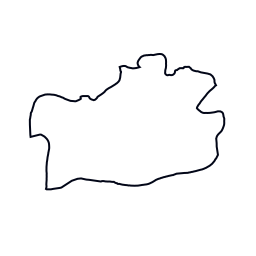 outline of Al Husha, Al Dali', Yemen, rotated 71°
{"feature_id": "15242507B64675128593967", "entity_name": "Al Husha", "entity_type": "district", "adm_level": 2, "iso_a3": "YEM", "parent_name": "Yemen", "parent_adm1": "Al Dali'", "projection": "natural_earth1", "projection_center": [44.455, 13.752], "detail": "fine", "context": "isolated", "style": "outline", "palette": "ink", "viewbox_px": 256, "rotation_deg": 71, "n_neighbors": 0, "source": "geoboundaries", "source_scale": "gbopen_adm2", "svg_char_len": 5650}
<svg xmlns="http://www.w3.org/2000/svg" viewBox="0 0 256 256"><g transform="rotate(71 128 128)"><path d="M108.8,30.7L106.6,31.2L104.2,32.6L102.4,35.1L99.1,41.0L97.1,43.5L96.6,44.9L96.2,45.6L95.8,46.2L94.9,47.5L93.8,48.5L93.2,48.9L91.8,49.3L90.6,50.1L90.0,50.4L89.1,53.4L88.7,54.1L88.8,55.3L89.3,55.7L89.5,56.6L89.0,57.2L88.8,58.1L88.3,59.5L88.4,60.3L88.7,61.1L88.8,62.0L89.2,62.7L89.2,62.9L89.0,63.6L89.0,64.0L89.0,64.4L89.1,64.6L89.4,64.9L89.7,65.1L90.3,65.4L90.6,65.5L91.0,65.8L91.6,66.4L91.9,67.1L92.2,67.8L92.3,68.3L92.3,69.1L92.1,69.9L91.8,70.6L91.4,71.2L91.1,71.9L91.1,72.7L91.0,73.4L90.6,74.1L90.1,74.5L89.4,74.9L88.6,75.1L88.0,75.0L87.4,74.7L87.0,74.5L86.3,74.3L85.7,74.0L85.0,73.6L84.4,73.2L83.7,72.7L82.4,72.1L81.7,71.8L81.0,71.5L80.2,71.3L79.5,71.1L78.0,70.5L75.8,69.9L75.1,69.8L73.8,69.8L73.0,70.0L72.3,70.0L71.5,70.4L70.9,70.7L70.2,71.1L69.6,71.6L69.1,72.2L68.8,72.9L68.4,73.7L68.2,74.4L67.8,76.1L67.7,76.9L67.5,78.5L67.4,79.4L67.3,80.3L67.0,81.0L66.3,82.5L66.1,83.3L66.0,84.1L65.7,84.8L65.6,85.6L65.1,87.1L65.0,87.9L64.8,88.8L64.7,89.7L64.8,90.4L64.9,90.6L64.9,91.7L65.3,92.9L66.8,95.1L67.8,96.4L69.0,97.4L69.7,97.8L71.2,98.0L72.1,97.9L73.7,97.5L74.2,97.2L74.2,98.1L74.1,98.9L74.0,100.5L73.7,102.0L73.5,102.8L73.3,103.7L73.0,104.4L72.2,105.7L71.8,106.5L71.4,107.1L70.6,108.4L70.0,109.0L68.7,110.1L68.0,111.6L67.7,112.9L67.6,114.3L67.6,116.0L70.0,116.2L70.7,116.4L71.3,116.5L71.8,116.5L72.2,116.3L72.6,116.3L73.1,116.5L73.3,116.7L74.2,117.3L77.8,119.0L79.9,120.4L80.4,120.9L81.2,122.1L82.1,124.1L82.3,125.2L82.5,125.5L82.9,127.2L83.7,130.7L84.1,133.3L84.8,135.9L85.4,137.2L86.2,138.4L86.9,140.2L87.5,142.2L88.6,146.6L89.3,147.3L89.9,148.3L90.3,149.3L90.6,150.2L90.5,151.4L90.0,152.0L89.2,153.1L88.6,153.7L87.5,154.5L86.0,154.7L85.9,154.7L85.1,155.1L84.7,155.7L83.4,159.4L83.0,160.8L83.0,162.3L83.2,162.8L84.6,163.1L85.0,163.1L85.2,163.5L85.5,165.3L85.7,168.1L85.7,168.7L85.5,169.4L85.0,170.4L83.6,173.6L80.1,177.9L79.2,178.8L78.8,179.0L78.4,179.4L78.0,179.8L77.6,180.4L77.2,180.9L76.3,181.8L75.9,182.3L75.4,183.0L75.0,183.7L74.5,184.3L74.1,184.7L73.7,185.2L72.9,186.5L72.6,187.0L72.3,187.6L71.8,188.8L71.6,189.3L71.0,190.5L70.7,191.2L70.5,191.7L70.3,192.4L70.0,193.1L69.9,193.7L69.7,194.3L69.4,195.6L69.4,198.2L69.4,198.8L69.4,200.8L69.5,201.6L69.7,202.3L70.1,203.5L70.4,204.1L70.7,204.7L71.4,205.6L71.7,206.1L72.2,206.5L72.6,207.0L73.3,208.0L73.9,208.6L74.4,208.9L75.7,209.8L76.9,210.6L77.5,211.1L78.8,212.0L79.5,212.5L80.9,213.5L81.4,214.0L81.9,214.7L82.5,215.1L83.1,215.4L83.8,215.6L85.7,216.7L86.3,217.0L86.9,217.3L88.2,218.1L93.0,219.7L102.8,222.6L104.7,223.0L105.5,213.8L105.6,213.3L105.9,212.5L106.3,212.0L107.2,211.3L108.0,210.5L108.9,209.8L109.0,209.8L109.4,209.5L111.7,208.4L112.0,208.3L112.6,208.1L113.5,207.9L114.6,207.7L115.5,207.7L116.5,207.7L117.4,207.9L118.3,208.1L119.3,208.4L120.3,208.7L121.2,209.0L122.1,209.4L123.8,210.4L124.7,210.9L125.5,211.4L126.4,211.8L128.3,212.9L129.3,213.5L132.2,214.9L133.1,215.4L134.0,215.9L135.0,216.3L138.2,217.7L141.0,218.7L142.1,219.1L143.0,219.3L144.9,219.8L145.8,220.2L146.8,220.5L147.7,220.8L149.5,221.5L150.5,221.8L153.3,223.0L155.1,223.7L156.1,223.9L157.0,224.2L157.9,224.7L158.9,225.4L159.5,224.9L160.1,223.1L160.9,220.8L161.2,218.6L162.5,211.7L162.6,210.3L159.6,198.3L159.6,192.3L160.4,188.8L163.2,184.2L164.3,181.7L169.8,171.0L169.7,170.3L169.9,169.3L170.2,168.5L170.6,167.7L171.0,167.0L171.4,166.2L172.0,164.6L172.3,163.8L172.5,163.1L172.8,162.4L173.5,161.1L173.8,160.4L174.1,159.6L174.3,158.9L175.0,158.4L175.6,157.9L176.2,157.2L176.6,156.4L177.0,156.3L177.5,155.9L177.8,155.1L178.0,154.4L178.8,153.2L179.7,151.8L181.1,149.0L181.4,148.3L181.7,147.6L182.5,146.2L182.7,145.5L183.0,144.8L183.4,144.1L183.9,142.7L184.5,141.2L185.0,139.7L185.2,139.0L185.5,138.2L185.9,136.5L186.0,135.8L186.3,134.2L186.4,133.4L186.8,131.6L186.9,130.9L187.3,129.1L187.5,127.4L187.5,126.7L187.5,125.9L187.4,125.0L187.3,124.2L187.2,123.2L187.1,122.4L186.9,121.6L186.6,120.1L186.4,119.4L186.2,118.7L186.0,116.3L186.0,115.3L186.1,114.5L186.0,113.0L186.1,112.1L186.1,111.3L186.1,110.3L186.2,109.6L186.3,108.8L186.3,107.9L186.5,106.3L186.5,105.5L186.7,103.9L186.8,103.0L186.9,102.2L187.0,101.4L187.2,100.6L187.1,99.8L187.1,99.0L187.0,97.0L189.0,88.8L189.7,86.7L189.9,85.8L189.9,84.9L190.1,84.1L190.2,83.3L190.2,82.6L190.3,81.9L190.5,81.1L190.5,80.4L190.6,79.4L190.7,78.7L190.8,77.7L190.9,75.9L191.1,73.0L191.2,72.2L191.3,71.4L191.2,68.8L191.1,68.1L191.1,67.3L190.9,66.5L190.8,65.7L190.6,64.9L190.5,64.2L190.3,63.3L190.1,62.5L189.8,61.8L189.5,60.9L189.2,60.1L187.4,57.1L186.9,56.5L186.4,56.0L186.0,55.6L185.6,54.7L182.7,51.7L174.5,50.2L171.1,49.1L166.6,48.0L166.3,47.7L165.1,46.9L164.5,46.3L164.1,45.8L163.7,45.2L163.3,44.6L161.8,41.5L161.4,40.8L160.9,40.1L160.4,39.6L159.3,38.5L158.8,38.1L158.2,37.6L157.6,37.1L156.8,36.5L156.2,36.1L155.6,35.8L154.7,35.4L153.4,35.0L152.8,34.8L151.5,34.3L150.9,34.1L150.3,33.9L149.6,33.9L148.8,33.9L148.1,33.9L147.3,33.7L146.5,33.6L145.8,33.5L145.1,33.5L144.5,33.6L143.8,33.9L142.4,35.2L142.1,36.0L141.8,36.7L141.5,37.5L141.3,40.6L141.2,41.4L140.9,43.0L140.7,43.9L140.6,44.6L140.4,45.3L140.2,46.2L139.9,47.1L139.7,47.9L139.1,49.4L138.6,51.1L138.2,51.9L137.7,52.6L137.2,53.1L136.7,53.6L136.1,54.0L135.5,54.3L135.0,54.7L134.2,55.2L133.5,55.6L132.9,55.9L132.3,56.2L131.7,56.4L131.0,56.0L130.5,55.5L129.3,54.1L128.9,53.6L128.4,52.7L128.0,52.1L127.5,51.5L127.0,50.9L126.5,50.2L126.1,49.6L125.3,48.2L123.9,46.0L122.6,43.8L122.2,43.3L120.9,41.3L120.6,40.6L120.1,39.7L119.8,39.1L119.2,37.7L118.9,36.8L118.0,34.6L117.4,33.4L117.2,33.0L116.4,31.7L116.3,30.9L114.7,31.1L113.6,31.3L112.6,31.2L111.3,30.8L110.4,30.6L108.8,30.7Z" fill="none" stroke="#020617" stroke-width="2"/></g></svg>